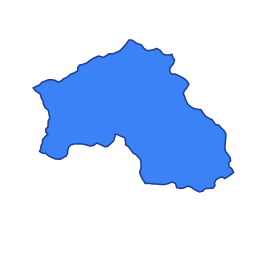 outline of Rio Manso, Minas Gerais, Brazil, rotated 252°
{"feature_id": "56859067B17161327719400", "entity_name": "Rio Manso", "entity_type": "district", "adm_level": 2, "iso_a3": "BRA", "parent_name": "Brazil", "parent_adm1": "Minas Gerais", "projection": "mercator", "projection_center": [-44.348, -20.255], "detail": "fine", "context": "isolated", "style": "filled", "palette": "blue", "viewbox_px": 256, "rotation_deg": 252, "n_neighbors": 0, "source": "geoboundaries", "source_scale": "gbopen_adm2", "svg_char_len": 2256}
<svg xmlns="http://www.w3.org/2000/svg" viewBox="0 0 256 256"><g transform="rotate(252 128 128)"><path d="M205.6,122.3L205.1,117.2L204.0,112.4L202.6,108.9L202.5,104.7L202.8,101.1L201.0,98.9L197.9,97.8L197.1,94.0L196.8,89.6L195.0,85.7L194.7,81.7L193.4,78.9L193.2,75.7L195.8,73.5L197.6,70.2L198.5,66.8L198.2,63.9L198.2,60.4L196.3,57.2L196.0,53.6L195.4,50.2L191.5,51.7L187.5,55.1L182.8,54.8L179.6,55.5L176.9,54.9L172.8,55.5L169.7,57.6L166.5,57.3L161.7,56.7L159.5,54.4L156.5,53.2L153.9,52.3L152.4,49.5L149.4,48.6L146.8,49.9L145.5,46.6L143.3,43.2L139.9,41.8L138.1,39.8L135.6,38.9L133.0,36.7L130.7,38.6L129.2,42.0L126.1,43.8L123.7,46.2L121.0,49.3L119.2,53.9L119.9,57.6L120.5,60.6L122.5,62.6L125.3,63.7L128.1,65.7L129.6,68.5L129.5,71.8L128.5,74.9L127.5,78.1L126.2,80.9L124.3,83.9L122.4,86.6L122.1,90.1L123.4,93.6L120.4,97.1L117.4,100.1L116.7,102.8L118.0,105.7L120.1,110.3L123.1,112.4L126.0,114.0L124.6,116.5L122.3,118.8L119.8,121.9L115.6,121.5L112.7,120.5L110.6,122.4L106.5,123.9L102.7,125.1L99.9,127.5L96.6,129.0L94.1,130.1L90.8,129.5L87.4,128.6L85.1,127.5L82.8,125.6L79.7,125.3L76.5,125.6L73.5,126.4L70.0,127.1L68.7,131.1L67.1,134.4L66.0,137.7L64.4,141.1L63.0,145.0L62.7,149.1L63.0,153.4L60.5,156.1L56.3,155.8L54.5,158.9L53.7,161.9L54.2,166.0L53.3,168.8L51.1,170.6L48.2,172.8L45.1,176.2L44.9,179.8L46.5,182.3L45.7,185.9L44.6,190.5L46.4,193.0L49.0,193.2L51.7,196.0L52.4,199.7L52.5,202.5L50.0,204.3L50.7,207.3L51.8,211.1L53.0,214.7L57.0,214.2L60.0,212.3L63.3,212.8L65.3,215.6L68.7,215.9L72.2,214.8L75.7,213.5L79.6,214.1L83.8,215.9L87.5,217.5L91.9,219.3L95.6,218.6L99.0,216.8L102.7,215.3L104.2,212.2L107.0,211.5L109.9,210.6L111.7,208.6L114.9,205.6L118.9,204.1L122.9,203.1L124.3,200.0L125.9,197.0L128.8,194.3L132.0,192.3L136.0,191.6L140.4,191.6L143.3,191.2L145.8,192.8L147.9,196.3L150.9,199.5L153.7,198.8L156.3,197.7L159.0,195.5L161.9,192.6L164.7,189.7L166.0,186.0L169.0,185.2L172.4,186.8L175.2,191.1L178.4,193.3L181.6,192.4L184.5,192.6L184.8,189.7L185.5,187.1L187.6,183.9L191.9,182.6L194.8,179.9L194.7,175.1L195.5,170.4L198.9,167.7L202.9,166.4L206.0,162.3L208.4,160.5L210.6,158.6L211.4,156.0L208.8,152.7L206.2,148.3L204.0,144.3L203.4,139.5L203.4,136.0L204.5,132.9L203.5,129.7L202.8,126.4L205.6,122.3Z" fill="#3b82f6" stroke="#1e3a8a" stroke-width="1.5"/></g></svg>